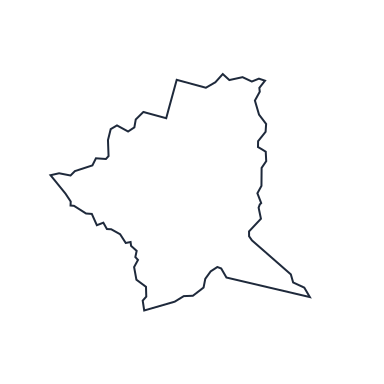 Silver Bow, Montana, United States of America (Mercator projection), rotated 15°
{"feature_id": "52423323B9619411594727", "entity_name": "Silver Bow", "entity_type": "district", "adm_level": 2, "iso_a3": "USA", "parent_name": "United States of America", "parent_adm1": "Montana", "projection": "mercator", "projection_center": [-112.671, 45.905], "detail": "fine", "context": "isolated", "style": "outline", "palette": "slate", "viewbox_px": 384, "rotation_deg": 15, "n_neighbors": 0, "source": "geoboundaries", "source_scale": "gbopen_adm2", "svg_char_len": 1147}
<svg xmlns="http://www.w3.org/2000/svg" viewBox="0 0 384 384"><g transform="rotate(15 192 192)"><path d="M176.5,318.8L203.7,302.4L211.0,294.7L219.7,292.0L227.9,281.3L227.3,272.4L230.6,263.8L235.9,257.9L240.0,258.3L247.4,265.7L333.0,263.0L325.2,255.3L313.1,253.2L308.8,246.0L262.4,223.2L258.6,220.0L257.3,215.3L265.5,200.0L260.4,189.9L260.7,186.5L261.7,184.8L255.5,176.3L257.5,168.1L253.0,150.7L255.7,143.0L252.8,134.0L248.2,132.6L244.1,131.5L242.7,125.8L247.5,114.8L246.0,107.1L236.7,99.9L229.1,87.4L231.5,77.6L230.1,74.0L233.7,65.6L227.3,65.2L221.2,69.8L211.1,68.0L199.1,74.2L191.2,70.1L186.2,79.9L178.4,87.7L148.2,87.6L148.0,118.5L148.0,127.4L124.3,127.3L118.9,136.5L119.6,144.5L114.6,150.1L102.3,147.1L97.2,152.3L97.4,163.6L102.1,178.9L100.3,182.4L90.5,184.3L88.9,192.1L73.5,202.1L70.4,207.5L58.8,208.3L51.0,212.4L70.2,226.3L77.3,232.6L78.2,236.5L81.6,235.9L95.2,240.2L100.9,239.1L108.7,248.7L114.3,244.6L119.4,249.8L123.6,248.9L133.5,251.4L141.2,258.4L145.6,256.2L147.1,259.8L153.8,263.2L154.1,269.5L157.4,271.6L155.5,279.5L161.0,291.1L172.1,295.5L174.9,304.9L172.5,309.7L176.5,318.8Z" fill="none" stroke="#1e293b" stroke-width="2"/></g></svg>